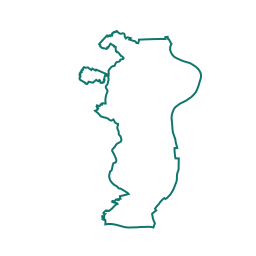 the district of Gia Binh, Bắc Ninh, Vietnam, rotated 107°
{"feature_id": "81297802B26729031323268", "entity_name": "Gia Binh", "entity_type": "district", "adm_level": 2, "iso_a3": "VNM", "parent_name": "Vietnam", "parent_adm1": "Bắc Ninh", "projection": "albers", "projection_center": [106.208, 21.064], "detail": "fine", "context": "isolated", "style": "outline", "palette": "teal", "viewbox_px": 256, "rotation_deg": 107, "n_neighbors": 0, "source": "geoboundaries", "source_scale": "gbopen_adm2", "svg_char_len": 5750}
<svg xmlns="http://www.w3.org/2000/svg" viewBox="0 0 256 256"><g transform="rotate(107 128 128)"><path d="M215.7,74.6L214.5,74.6L211.3,74.4L211.1,74.5L210.1,75.5L209.6,76.0L207.1,77.8L203.0,79.9L200.3,78.1L198.5,76.9L197.3,78.6L196.3,78.3L193.2,77.0L191.6,76.2L190.5,75.9L188.6,75.2L186.2,74.0L184.7,73.0L184.4,72.7L184.5,72.5L184.9,71.5L184.4,70.9L183.5,70.2L182.8,69.8L181.3,69.2L180.6,68.7L179.3,68.1L176.7,67.4L176.0,67.1L172.2,66.5L165.3,66.0L164.6,66.0L162.6,66.3L159.6,67.2L158.1,67.5L156.9,67.6L152.7,67.5L149.8,68.4L146.6,69.3L145.6,69.6L142.2,70.6L143.2,73.7L140.2,75.2L136.0,76.9L133.6,77.6L132.8,75.1L129.9,76.8L127.4,78.4L125.9,79.0L124.8,79.6L121.9,81.7L119.2,83.7L116.6,84.9L113.3,86.2L110.8,87.1L108.3,88.2L105.6,89.3L102.8,89.9L101.6,90.0L97.6,89.8L95.7,89.4L94.3,88.8L93.3,88.2L89.3,85.2L87.9,83.7L85.5,81.1L84.8,80.4L81.3,77.7L80.6,77.0L78.8,75.9L76.1,74.5L74.3,73.8L72.6,73.4L70.0,73.1L67.1,72.9L62.2,73.0L60.1,72.9L58.2,73.1L56.9,73.3L55.0,74.2L54.0,74.8L52.4,76.4L51.0,78.2L49.8,80.5L48.9,83.4L48.1,86.3L47.8,87.9L47.8,89.1L47.9,92.0L47.8,95.9L47.2,101.0L46.6,103.9L46.1,105.2L45.2,106.7L44.3,107.8L43.5,108.7L41.9,109.9L40.6,110.7L39.1,111.1L37.7,111.3L36.0,111.2L34.8,111.0L33.8,112.4L31.6,114.4L31.3,114.9L31.4,115.4L31.3,115.5L30.7,115.7L30.7,116.2L29.2,116.8L29.6,117.5L30.2,118.9L32.0,118.2L33.3,122.9L36.6,132.7L40.3,143.4L41.1,143.1L43.9,143.0L44.2,144.8L44.1,145.0L43.3,145.8L43.0,146.3L43.1,148.0L43.0,152.6L41.3,151.7L41.4,155.0L41.5,155.2L43.0,156.2L42.5,156.9L41.4,157.8L40.2,158.3L39.1,159.1L38.9,159.4L38.9,160.0L39.1,161.0L39.3,161.4L40.0,162.4L40.1,163.3L40.0,164.1L39.2,165.9L38.6,167.0L39.2,167.3L39.0,167.6L39.4,168.1L39.6,168.0L39.8,168.0L40.6,169.2L40.4,169.6L42.2,170.8L42.6,170.3L43.2,170.6L43.6,170.6L44.1,170.4L44.1,170.5L44.3,171.5L45.3,171.6L45.3,172.5L44.9,172.7L44.8,172.9L45.1,173.3L46.4,173.9L45.7,175.1L53.9,179.1L55.6,179.9L56.5,180.1L56.9,178.6L58.1,178.5L59.0,176.3L59.0,175.8L58.8,175.2L59.0,174.5L58.7,173.6L58.6,171.5L56.8,171.3L56.9,170.5L52.5,169.4L53.3,166.4L53.4,165.4L54.2,165.3L54.1,163.4L55.8,163.0L57.6,162.3L58.0,162.1L58.6,161.1L58.2,160.9L58.6,159.7L59.1,158.6L60.6,156.5L61.0,155.9L61.2,155.5L61.2,154.7L61.4,154.1L62.5,152.6L62.9,152.5L63.3,152.8L63.7,153.2L64.6,154.7L64.8,155.2L65.2,155.4L66.4,155.4L66.7,155.5L67.0,155.8L68.4,158.2L69.0,158.5L69.9,158.8L71.7,159.0L72.3,158.9L72.5,159.0L73.3,160.6L74.3,161.6L75.2,162.1L77.8,163.1L78.5,163.3L79.1,163.3L81.4,162.4L83.0,162.0L82.8,163.4L82.4,167.3L81.5,175.5L82.5,175.7L82.2,177.2L81.6,179.5L83.2,180.0L82.8,181.4L82.4,182.7L81.8,183.9L82.8,186.4L83.0,187.6L82.7,187.8L82.8,188.0L85.0,188.7L85.1,188.3L85.5,188.3L85.5,188.7L86.5,189.3L86.8,188.9L87.6,189.2L87.9,188.9L88.1,189.0L88.3,188.7L88.6,188.9L88.6,189.4L89.1,189.4L89.1,189.9L90.2,190.0L90.4,189.5L90.5,189.4L90.7,189.5L90.8,189.9L91.3,189.9L91.5,189.8L91.6,189.4L91.9,189.4L92.0,188.9L92.5,188.9L92.8,188.5L93.3,188.5L93.7,188.7L93.7,188.9L94.9,188.9L95.9,187.9L96.0,187.5L96.6,184.9L97.3,182.0L97.9,181.8L98.0,180.6L97.9,180.0L97.4,179.7L95.3,179.2L95.0,175.5L94.9,174.8L91.3,172.5L91.9,170.8L92.0,170.2L90.5,169.5L90.8,168.6L91.6,168.4L91.9,168.1L92.1,167.8L92.7,167.7L92.8,167.5L92.6,166.5L92.3,166.2L92.3,165.4L91.5,165.3L90.9,165.2L91.0,164.5L89.6,164.4L88.7,164.5L88.6,165.2L84.1,165.3L84.3,162.0L87.4,160.7L88.3,160.6L89.9,160.6L90.8,160.4L92.7,160.6L94.2,161.3L95.0,161.3L95.4,161.2L96.1,160.8L96.7,160.2L97.7,159.0L98.5,158.4L99.3,158.3L100.6,158.4L102.7,158.5L104.6,158.4L107.0,158.0L108.3,157.7L111.1,156.5L111.4,157.5L111.8,159.8L113.3,159.7L113.3,161.0L115.4,161.5L115.4,164.3L116.6,164.4L117.4,163.5L117.5,162.7L117.9,162.2L118.6,162.3L118.8,162.4L118.9,162.9L119.1,163.0L119.6,163.2L119.8,163.0L121.2,164.5L122.2,161.9L122.6,160.9L123.5,159.3L124.7,157.7L124.8,157.2L124.9,155.0L124.9,154.1L124.8,153.6L124.7,151.8L125.0,149.6L125.5,148.5L125.7,147.9L125.8,147.3L125.8,146.8L125.7,145.9L125.5,145.7L124.1,144.4L126.2,142.3L126.9,141.1L127.1,139.8L127.0,138.8L128.5,138.4L130.3,138.5L130.8,138.4L131.1,138.3L132.5,137.3L133.4,136.5L134.3,135.8L136.2,135.2L136.9,134.8L137.3,134.2L138.1,132.8L138.8,132.3L140.1,131.4L140.7,131.1L141.3,130.8L142.1,130.8L142.4,130.8L143.2,131.0L144.2,131.8L145.0,132.7L146.1,133.7L146.9,134.3L147.8,134.6L149.8,135.1L152.9,136.6L153.4,136.7L153.8,136.7L154.7,136.3L157.4,133.5L160.5,130.8L162.1,129.8L162.7,129.6L163.9,129.6L164.7,129.9L165.8,131.5L166.1,131.6L166.4,131.7L168.5,131.7L171.2,131.4L172.5,131.3L173.3,131.4L173.7,131.5L174.0,131.7L174.7,132.4L176.5,132.3L178.4,132.2L179.7,131.9L180.8,131.4L182.2,130.5L182.9,130.0L184.2,128.6L184.7,127.9L186.4,124.7L186.6,124.3L186.7,122.7L187.0,121.6L188.4,119.4L188.4,118.7L188.3,118.0L188.1,117.5L188.2,116.8L189.5,111.9L189.7,111.3L190.1,109.6L190.7,108.5L191.0,108.1L193.6,112.4L195.6,115.8L196.7,115.3L197.8,114.5L198.1,115.4L198.4,115.6L199.1,115.6L199.0,116.7L199.9,116.6L199.8,118.5L201.9,119.5L202.1,119.7L202.2,119.9L202.3,121.5L203.3,121.5L203.4,120.2L203.4,119.2L203.1,118.8L203.1,118.5L203.1,117.4L203.1,116.8L203.5,116.5L203.5,116.0L203.7,115.8L204.7,117.1L205.1,117.4L210.2,120.0L213.0,122.1L213.0,122.4L213.0,122.9L213.4,123.3L213.2,123.8L213.1,124.1L213.4,124.4L213.6,124.5L213.4,125.0L214.2,125.5L215.7,126.4L216.2,126.6L216.5,126.6L216.8,126.2L217.1,126.2L217.4,125.7L217.1,124.8L217.9,125.1L218.4,125.1L219.7,124.9L219.8,126.8L220.6,126.7L221.0,126.4L221.2,125.7L220.7,125.7L220.7,124.9L221.2,124.9L221.2,125.3L222.0,125.3L222.0,125.8L222.5,125.8L222.5,125.2L222.8,124.9L222.1,124.0L222.8,123.6L222.6,123.0L223.5,122.4L224.7,122.0L226.8,121.5L225.6,119.0L224.7,116.0L224.3,113.6L224.0,110.3L223.8,102.7L223.3,99.6L223.1,98.7L220.4,90.5L219.4,88.1L218.3,84.9L216.3,78.9L215.8,76.3L215.7,74.6Z" fill="none" stroke="#0f766e" stroke-width="2"/></g></svg>